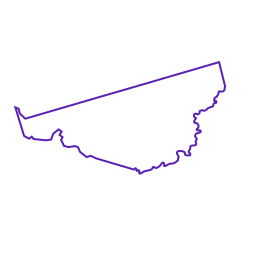 Wayne, Pennsylvania, United States of America (Albers equal-area conic projection), rotated 76°
{"feature_id": "52423323B52307790790570", "entity_name": "Wayne", "entity_type": "district", "adm_level": 2, "iso_a3": "USA", "parent_name": "United States of America", "parent_adm1": "Pennsylvania", "projection": "albers", "projection_center": [-75.192, 41.616], "detail": "fine", "context": "isolated", "style": "outline", "palette": "violet", "viewbox_px": 256, "rotation_deg": 76, "n_neighbors": 0, "source": "geoboundaries", "source_scale": "gbopen_adm2", "svg_char_len": 2533}
<svg xmlns="http://www.w3.org/2000/svg" viewBox="0 0 256 256"><g transform="rotate(76 128 128)"><path d="M86.1,23.7L90.0,121.1L91.1,150.4L92.3,179.8L94.1,225.4L87.9,229.4L82.8,229.5L80.8,232.3L109.3,230.8L110.8,230.6L114.4,226.5L113.1,223.5L115.8,222.3L120.1,210.6L120.6,205.5L115.4,201.8L112.6,195.6L115.5,193.3L118.1,196.1L121.1,193.7L123.3,195.8L129.9,194.4L132.1,190.4L132.8,183.5L134.7,181.1L139.6,180.3L146.2,175.2L145.9,171.0L149.7,166.4L169.9,132.0L168.9,130.9L168.9,130.3L169.5,129.9L170.3,129.7L171.3,129.8L171.9,129.5L171.9,129.1L171.5,128.2L171.8,127.7L173.1,127.4L173.5,127.5L174.2,128.1L174.4,128.1L174.8,128.0L175.1,127.5L175.2,126.0L174.2,123.7L174.1,123.2L174.0,121.0L174.1,117.1L173.9,115.4L173.0,113.9L172.4,113.7L172.1,113.5L172.0,112.8L172.1,112.2L173.3,111.1L173.6,110.7L173.6,110.0L173.3,108.4L172.5,106.4L171.8,105.3L170.3,103.7L170.0,103.0L170.0,102.5L170.5,101.8L171.6,101.7L173.4,102.1L173.7,102.0L173.9,101.6L173.9,101.1L173.1,97.8L172.8,95.7L173.3,93.0L173.1,90.9L171.6,87.6L170.8,87.1L170.0,86.9L169.2,86.5L168.9,86.0L168.5,85.8L167.8,85.9L165.1,86.6L164.6,86.6L163.5,86.4L163.0,85.8L162.8,85.5L162.7,85.0L162.8,83.8L162.9,82.9L163.2,81.7L163.4,81.3L165.1,79.0L166.0,78.7L167.4,79.0L168.1,78.7L168.3,78.4L168.8,77.4L169.3,75.7L169.4,74.8L169.3,74.3L168.8,73.9L168.1,73.9L167.7,74.0L166.5,74.9L165.8,74.9L165.0,74.4L163.6,73.0L160.9,71.8L160.6,71.0L160.6,70.6L160.6,69.8L160.9,68.1L160.9,66.9L160.7,66.2L160.5,65.9L159.8,65.6L158.0,65.8L157.4,65.7L155.5,63.9L154.8,64.0L154.2,64.2L152.9,64.8L152.2,64.9L151.2,64.5L150.6,64.0L150.2,63.4L149.7,61.9L149.8,59.8L149.6,58.9L149.3,58.5L148.5,58.3L148.1,58.3L147.6,59.0L147.3,60.2L147.0,61.1L146.6,61.6L146.4,61.7L146.0,61.7L145.6,61.4L145.4,61.0L145.1,60.3L144.5,59.7L143.8,59.3L142.6,59.0L141.4,59.2L140.3,59.7L139.3,61.6L138.6,62.4L138.2,62.4L137.0,61.8L136.4,61.3L135.5,60.2L135.0,59.8L134.6,59.8L133.6,60.8L133.0,61.1L131.7,61.1L131.1,60.7L130.6,60.0L130.5,59.5L130.4,58.8L130.9,58.1L131.5,57.6L131.7,57.0L131.1,55.2L130.6,54.9L129.6,54.6L128.9,54.3L128.7,52.7L128.6,51.6L129.6,50.3L129.7,48.9L129.3,47.7L128.1,45.5L127.9,44.8L127.9,43.6L127.7,41.7L127.4,40.2L125.3,39.1L125.0,38.6L124.8,38.0L124.9,36.5L124.4,36.0L123.4,36.0L123.1,36.1L122.8,36.4L122.9,37.5L122.3,37.7L121.0,37.5L120.5,37.1L119.5,36.0L119.1,34.2L118.6,34.0L117.2,32.2L115.9,31.7L115.2,31.5L114.6,31.0L114.6,30.6L115.5,27.8L115.5,27.2L114.8,25.6L113.7,24.9L112.3,24.4L111.1,23.7L102.5,23.7L96.5,23.7L95.6,23.7L87.3,23.7L86.1,23.7Z" fill="none" stroke="#5b21b6" stroke-width="2"/></g></svg>